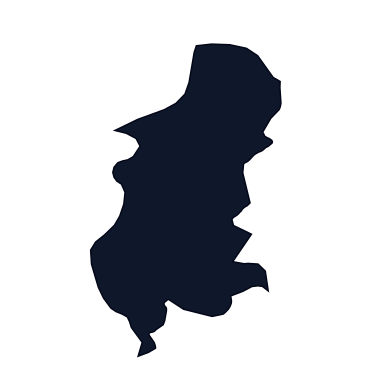 an SVG outline of Samchi, rotated 70°
{"feature_id": "BTN-2438", "entity_name": "Samchi", "entity_type": "District", "adm_level": 1, "iso_a3": "BTN", "parent_name": "Bhutan", "parent_adm1": "", "projection": "natural_earth1", "projection_center": [89.102, 27.046], "detail": "fine", "context": "isolated", "style": "filled", "palette": "ink", "viewbox_px": 384, "rotation_deg": 70, "n_neighbors": 0, "source": "natural_earth", "source_scale": "10m", "svg_char_len": 1673}
<svg xmlns="http://www.w3.org/2000/svg" viewBox="0 0 384 384"><g transform="rotate(70 192 192)"><path d="M57.4,138.9L56.1,137.9L59.7,123.1L66.5,106.2L75.6,91.7L86.4,83.7L112.0,76.6L118.3,71.4L124.0,73.7L139.1,78.1L142.2,80.0L144.3,81.8L149.7,92.8L159.9,105.1L164.6,104.5L167.0,102.5L168.1,101.2L170.7,99.4L172.1,99.2L173.4,100.0L175.2,105.0L175.4,107.4L176.3,109.6L177.0,111.6L177.3,113.0L177.3,114.1L177.3,115.0L177.4,116.3L177.7,118.1L178.2,120.4L179.2,122.7L181.1,126.3L182.0,128.3L182.5,130.3L182.6,132.1L183.2,133.9L191.4,137.8L222.1,141.2L223.7,144.7L224.2,147.7L224.8,149.3L225.5,150.8L226.6,152.1L227.4,154.0L228.3,155.6L229.1,157.5L230.1,161.9L231.3,163.9L237.7,164.5L252.0,150.6L271.3,177.5L271.7,177.1L277.2,167.7L278.3,163.7L282.3,154.6L291.4,150.2L311.0,154.2L304.8,158.1L302.7,162.1L301.3,168.0L302.7,178.1L302.9,191.2L308.0,192.2L310.3,193.4L312.6,195.5L314.6,198.0L316.5,201.9L317.4,204.5L315.8,215.6L299.3,240.0L284.6,251.0L286.3,255.6L287.4,256.7L289.6,256.8L290.7,256.1L292.4,255.8L294.8,256.6L303.6,261.7L306.8,264.4L308.9,272.3L310.1,275.3L310.1,277.6L309.7,279.5L310.0,280.7L311.7,281.3L320.7,279.0L324.1,279.1L326.3,279.7L327.8,287.7L327.9,298.8L316.3,290.2L298.6,295.3L292.8,295.0L287.3,295.5L282.8,299.4L278.4,304.3L273.4,307.9L261.5,311.4L249.5,312.6L225.4,311.1L211.9,307.1L206.0,299.6L202.5,289.1L196.7,276.2L190.0,268.2L180.1,260.2L169.4,255.0L160.4,255.6L156.3,258.8L151.5,260.2L146.5,259.7L142.1,256.8L139.1,251.6L139.1,246.7L139.8,241.3L138.7,235.1L131.2,225.1L122.6,226.2L114.3,233.7L107.8,243.4L105.2,218.0L105.2,189.9L103.2,176.7L97.6,165.1L88.1,157.3L61.4,142.1L57.4,138.9Z" fill="#0f172a" stroke="#020617" stroke-width="1.5"/></g></svg>